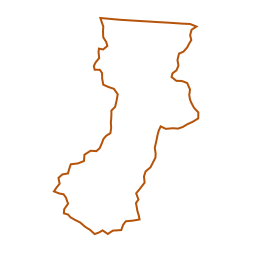 the district of Caieiras, São Paulo, Brazil, rotated 94°
{"feature_id": "56859067B48741528638034", "entity_name": "Caieiras", "entity_type": "district", "adm_level": 2, "iso_a3": "BRA", "parent_name": "Brazil", "parent_adm1": "São Paulo", "projection": "orthographic", "projection_center": [-46.742, -23.377], "detail": "fine", "context": "isolated", "style": "outline", "palette": "amber", "viewbox_px": 256, "rotation_deg": 94, "n_neighbors": 0, "source": "geoboundaries", "source_scale": "gbopen_adm2", "svg_char_len": 1552}
<svg xmlns="http://www.w3.org/2000/svg" viewBox="0 0 256 256"><g transform="rotate(94 128 128)"><path d="M218.4,110.1L214.7,111.1L209.9,112.9L202.3,114.8L198.6,112.6L192.6,115.3L187.7,111.8L181.3,107.6L175.2,108.7L170.1,107.4L165.6,102.8L155.7,98.6L151.7,98.6L145.9,99.9L138.2,98.7L132.6,98.0L128.3,97.1L124.1,95.5L126.2,90.3L125.1,83.3L125.1,78.0L123.1,73.3L120.3,69.4L117.3,63.9L113.5,58.6L107.6,58.9L103.3,63.5L98.1,66.8L94.7,68.3L90.8,69.2L85.3,68.8L79.0,72.1L77.3,77.7L77.6,83.0L74.1,88.1L70.3,87.4L67.1,83.7L62.3,82.0L56.8,83.4L50.2,82.3L48.0,78.0L43.5,74.6L39.6,72.9L35.9,71.0L31.0,72.5L25.5,71.4L22.0,66.8L19.9,73.4L20.1,80.6L20.1,87.4L20.1,94.7L20.3,107.2L20.3,112.2L20.4,119.5L20.6,143.0L20.2,163.2L24.2,161.6L28.5,159.7L33.1,159.7L39.3,159.0L43.8,155.7L47.6,154.3L51.4,158.3L50.8,162.5L54.4,162.7L60.2,161.6L64.9,164.9L68.6,166.4L72.2,165.3L71.9,160.2L75.0,157.7L80.6,157.2L86.5,155.7L88.5,150.2L89.9,144.8L95.1,140.6L101.5,141.3L107.8,142.3L111.8,145.8L116.1,145.5L119.9,145.4L123.9,145.5L128.9,144.8L134.4,145.2L137.4,149.3L140.8,151.8L144.7,152.9L150.1,154.8L153.3,157.9L153.3,163.7L157.7,169.6L164.0,169.6L166.8,175.4L168.2,182.6L172.9,183.8L177.5,184.7L178.9,190.3L182.7,193.9L188.3,192.3L192.8,195.4L196.4,197.4L198.1,192.1L198.6,187.7L201.7,185.1L207.7,182.5L213.5,186.0L217.6,186.0L218.5,181.8L221.2,179.0L223.3,174.6L225.6,169.1L229.6,163.8L232.3,158.7L236.1,153.9L234.3,149.7L231.9,146.2L235.1,140.8L231.4,135.9L230.3,127.6L224.9,126.1L221.2,123.7L220.0,116.4L218.4,110.1Z" fill="none" stroke="#b45309" stroke-width="2"/></g></svg>